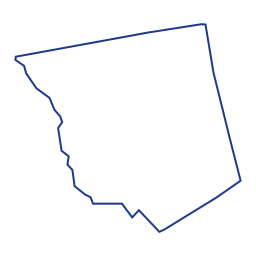 outline of Jones, Georgia, United States of America
{"feature_id": "52423323B97127837198409", "entity_name": "Jones", "entity_type": "district", "adm_level": 2, "iso_a3": "USA", "parent_name": "United States of America", "parent_adm1": "Georgia", "projection": "natural_earth1", "projection_center": [-83.617, 33.014], "detail": "fine", "context": "isolated", "style": "outline", "palette": "blue", "viewbox_px": 256, "rotation_deg": 0, "n_neighbors": 0, "source": "geoboundaries", "source_scale": "gbopen_adm2", "svg_char_len": 483}
<svg xmlns="http://www.w3.org/2000/svg" viewBox="0 0 256 256"><path d="M216.5,197.5L240.6,180.7L229.5,137.3L222.8,110.1L213.5,72.7L205.5,24.5L201.4,24.2L148.2,32.5L15.8,56.7L15.4,59.9L24.1,65.9L26.2,73.4L36.4,88.3L49.6,98.0L54.4,109.7L60.2,116.5L62.2,122.1L58.1,128.0L61.6,150.8L68.7,156.3L67.4,164.6L72.4,169.9L74.6,186.2L85.2,194.6L90.6,197.2L93.0,203.7L122.0,203.7L132.2,217.4L138.9,210.2L159.3,231.8L164.2,229.6L216.5,197.5Z" fill="none" stroke="#1e3a8a" stroke-width="2"/></svg>